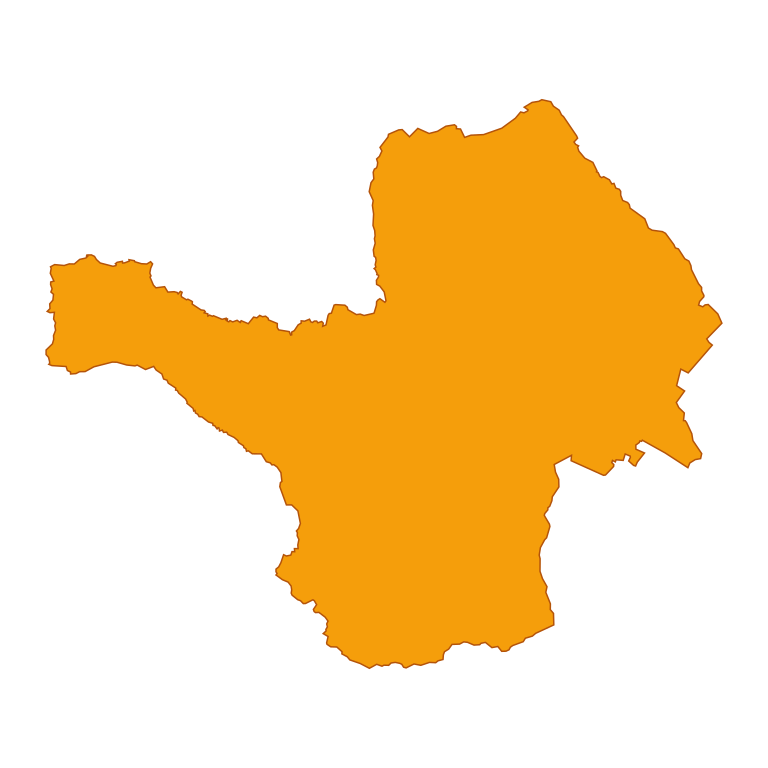 Vidra, Vrancea, Romania
{"feature_id": "2599482B20298155706242", "entity_name": "Vidra", "entity_type": "district", "adm_level": 2, "iso_a3": "ROU", "parent_name": "Romania", "parent_adm1": "Vrancea", "projection": "orthographic", "projection_center": [26.88, 45.916], "detail": "fine", "context": "isolated", "style": "filled", "palette": "amber", "viewbox_px": 768, "rotation_deg": 0, "n_neighbors": 0, "source": "geoboundaries", "source_scale": "gbopen_adm2", "svg_char_len": 6082}
<svg xmlns="http://www.w3.org/2000/svg" viewBox="0 0 768 768"><path d="M553.8,624.9L553.5,613.4L550.3,609.6L550.4,603.8L545.8,592.3L547.0,586.7L542.5,578.7L540.0,571.3L540.1,558.7L539.2,555.1L540.4,547.6L544.7,539.7L546.6,537.8L549.9,526.5L549.4,524.1L544.3,515.5L544.7,513.6L547.8,509.9L547.9,507.7L549.7,506.3L551.9,500.7L552.3,496.8L558.9,486.9L558.7,479.3L555.5,472.1L554.2,464.5L571.5,455.3L571.1,460.7L603.5,475.3L605.5,475.0L613.6,466.5L613.8,464.6L611.8,462.6L612.5,460.4L615.3,461.9L616.1,459.8L623.2,460.4L625.2,454.0L630.2,456.1L630.4,457.3L628.7,461.0L633.6,465.4L635.6,466.0L637.3,462.1L644.5,453.0L635.9,449.2L635.8,445.1L639.3,442.5L639.8,441.0L641.6,441.3L642.3,440.2L665.1,452.9L687.9,467.7L689.8,463.0L695.2,459.6L700.6,458.6L701.7,453.6L692.9,440.6L691.8,433.7L686.6,422.6L685.2,420.7L683.5,420.6L684.3,413.0L678.8,407.6L676.3,402.5L684.6,391.0L676.6,385.7L680.8,369.1L688.2,372.9L712.3,345.1L709.0,342.4L706.7,338.9L721.9,323.2L717.8,313.9L708.2,304.5L705.1,304.9L702.8,306.8L698.6,305.1L699.6,301.5L703.8,296.8L703.9,295.4L701.6,290.9L701.6,287.4L698.5,283.7L691.5,269.7L690.9,265.6L688.9,261.1L684.8,258.8L678.4,248.9L675.3,247.9L673.9,244.7L665.5,233.3L662.4,231.6L652.1,230.2L648.4,228.0L644.8,218.8L630.1,208.2L629.3,204.6L627.6,202.5L622.7,200.5L620.7,195.2L620.7,191.4L619.3,189.3L615.8,188.1L614.0,183.4L611.8,183.9L609.4,179.8L603.7,176.7L601.6,177.6L599.9,176.4L598.1,172.5L596.5,171.8L597.0,170.9L592.9,162.4L584.8,158.2L578.9,151.2L577.6,147.2L578.6,145.9L575.7,144.4L574.0,142.0L577.6,138.2L576.6,135.9L563.5,116.6L561.5,114.9L559.2,110.2L553.4,106.2L550.8,101.7L541.8,99.7L538.9,101.3L532.1,102.4L524.2,107.2L528.1,109.9L527.7,110.9L524.0,112.8L520.6,112.0L515.4,118.2L501.8,128.2L483.6,134.6L470.9,135.2L464.6,137.4L460.5,129.0L456.4,128.7L456.5,126.4L454.5,124.8L445.9,126.2L437.5,131.3L429.1,133.5L417.8,128.4L409.5,136.8L402.2,129.6L398.7,129.9L388.5,134.3L388.0,137.0L380.0,147.4L381.9,151.0L379.4,156.4L376.6,159.0L377.7,162.6L377.2,166.1L376.4,168.0L374.4,169.1L373.2,172.2L373.8,178.9L371.0,182.7L369.2,191.7L373.2,200.6L372.4,205.3L373.6,214.0L373.0,225.5L374.7,230.6L375.1,235.9L374.4,238.7L375.2,243.2L373.3,249.9L374.1,256.3L375.6,257.4L376.1,260.3L375.2,264.8L375.9,267.1L374.1,268.6L375.4,269.7L377.1,273.6L376.8,274.6L378.6,275.3L378.5,277.0L376.4,280.3L376.6,284.4L379.8,286.1L384.2,291.9L386.0,300.8L384.9,302.3L379.9,298.7L377.9,300.0L376.6,301.7L376.4,305.3L374.1,313.0L373.3,313.4L364.1,315.5L360.2,314.1L356.4,314.6L347.9,309.7L347.3,307.2L344.9,305.2L335.7,304.6L334.1,305.1L331.4,313.2L329.2,313.6L328.1,315.3L326.0,324.9L322.7,326.3L323.3,323.2L321.7,321.5L317.8,322.8L316.7,321.1L314.3,321.1L312.4,322.5L310.8,321.8L309.5,319.2L304.6,321.2L301.2,320.8L301.1,323.2L298.2,324.8L294.3,330.6L291.5,332.2L291.7,334.8L290.6,335.1L289.2,331.6L278.7,329.9L277.3,327.6L277.3,323.5L268.5,319.9L268.2,318.3L265.6,316.2L262.5,316.7L259.7,315.4L256.9,317.8L253.6,317.1L248.3,323.7L241.2,320.7L240.2,321.9L240.7,322.9L237.1,320.3L232.7,321.9L230.0,320.6L228.8,321.8L227.3,321.2L227.6,318.3L226.7,320.4L225.7,319.8L226.0,318.3L222.1,319.3L213.4,315.7L212.4,316.3L209.6,315.1L207.9,316.0L207.8,313.8L204.2,312.8L205.2,311.6L204.2,310.4L201.0,309.9L192.2,304.1L192.4,301.7L191.6,301.1L187.9,299.2L186.5,299.8L181.7,296.9L181.1,295.3L182.1,292.3L180.4,291.4L178.1,293.9L177.2,292.5L174.1,291.7L167.9,292.1L164.6,286.7L155.9,287.8L153.4,285.1L150.0,277.1L151.0,275.9L149.8,273.1L150.7,268.2L152.6,263.9L150.6,261.7L146.8,264.0L141.4,263.7L134.7,261.7L134.4,260.7L129.0,259.7L129.3,261.1L124.5,262.9L122.6,263.0L122.4,261.3L117.1,262.3L115.4,263.7L116.3,264.5L115.9,265.6L113.0,266.3L100.2,263.0L96.4,259.5L94.5,256.4L91.4,254.9L86.9,255.0L86.5,256.1L87.5,256.4L85.9,258.0L79.7,259.4L74.3,264.0L69.2,263.9L64.2,265.5L54.6,264.6L50.5,266.8L51.2,268.3L50.3,273.3L53.9,281.1L50.7,282.0L50.6,284.6L52.1,288.9L50.9,292.0L53.5,294.3L52.9,300.1L49.7,303.9L50.0,308.6L47.2,311.4L50.0,312.7L54.4,312.3L53.6,319.0L55.6,322.8L54.8,325.9L55.6,330.2L53.5,335.6L53.7,339.4L52.4,343.9L46.1,350.0L46.1,354.6L48.5,357.3L49.5,361.2L49.7,363.4L48.8,364.3L51.9,365.6L66.1,366.5L67.4,370.5L70.5,372.0L70.6,374.0L75.9,373.6L79.6,371.7L85.1,371.6L93.9,366.8L112.2,362.1L116.9,362.2L126.7,365.0L135.0,365.9L137.2,365.1L145.5,369.5L153.7,366.4L156.1,370.0L161.9,374.0L163.6,379.0L167.0,380.2L168.3,383.2L175.8,388.1L175.6,390.1L177.3,390.5L178.7,393.1L185.6,399.0L187.2,402.1L186.9,403.3L193.1,408.4L193.7,411.0L194.9,410.5L195.5,413.0L197.7,414.2L199.1,416.6L201.9,416.9L208.5,422.0L212.7,423.3L213.0,425.4L214.7,425.7L217.1,428.9L218.1,427.6L219.0,428.0L219.5,431.0L222.4,430.1L223.5,432.4L226.7,432.2L228.0,434.5L234.1,437.4L238.0,440.7L238.4,442.5L243.4,445.7L243.9,447.6L245.8,448.6L246.5,451.3L248.3,450.8L252.3,453.8L261.4,453.9L266.3,461.7L270.3,462.9L271.9,464.9L273.9,464.7L277.2,467.1L280.9,472.6L281.9,481.4L280.4,482.6L279.8,486.7L286.4,504.9L291.7,504.9L297.9,510.9L300.4,523.5L298.6,528.5L296.4,531.0L297.4,532.6L297.2,535.8L298.9,539.5L297.8,545.0L298.1,548.6L294.4,548.6L294.7,551.7L292.0,551.6L290.8,555.1L286.4,556.0L283.6,554.7L280.9,562.7L278.7,566.9L276.0,569.1L276.0,571.8L277.1,573.5L276.0,575.0L282.4,579.7L288.1,582.1L291.1,586.0L291.7,589.9L291.2,593.1L292.1,595.2L297.7,599.7L300.5,600.7L303.3,603.6L305.5,603.5L312.9,599.8L314.3,600.7L316.6,604.7L313.4,609.4L314.1,611.5L315.5,612.6L318.9,612.4L325.1,617.1L328.0,621.1L326.7,623.9L327.4,626.9L325.9,629.4L326.1,630.9L323.2,633.6L328.1,636.5L326.6,642.9L327.0,644.3L330.7,646.8L336.8,647.0L342.0,651.7L341.9,653.9L347.3,656.8L349.8,659.9L360.2,663.5L369.4,668.3L376.7,664.3L382.0,666.2L383.9,665.2L388.7,665.3L391.1,663.0L395.3,662.4L399.7,663.3L401.8,664.3L403.6,667.2L406.1,667.9L414.0,664.0L420.8,665.3L429.5,662.4L435.7,662.7L438.1,660.8L443.0,659.5L443.4,654.7L444.5,651.7L448.7,649.1L452.0,644.4L459.6,644.1L463.7,641.9L467.5,642.3L474.0,645.1L479.7,644.7L481.0,643.3L485.4,642.4L491.9,647.6L497.8,646.5L501.7,651.3L506.0,651.2L509.0,649.8L510.4,647.2L512.8,645.5L523.2,641.7L525.4,638.2L532.4,636.1L535.7,633.3L553.8,624.9Z" fill="#f59e0b" stroke="#b45309" stroke-width="1.5"/></svg>